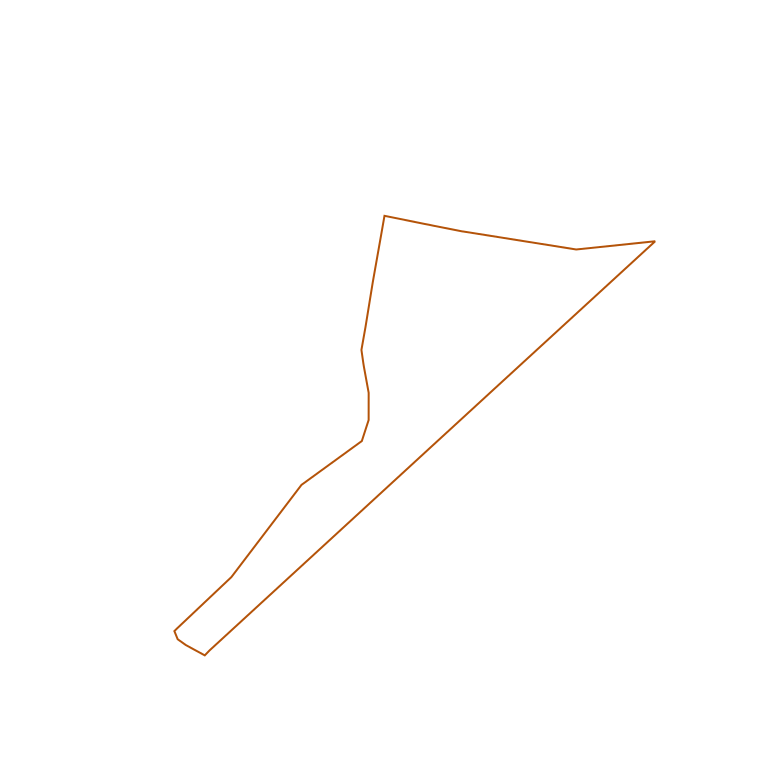 outline of Chiredzi Urban, Masvingo, Zimbabwe, rotated 150°
{"feature_id": "62879985B81925630456869", "entity_name": "Chiredzi Urban", "entity_type": "district", "adm_level": 2, "iso_a3": "ZWE", "parent_name": "Zimbabwe", "parent_adm1": "Masvingo", "projection": "mercator", "projection_center": [31.689, -21.032], "detail": "fine", "context": "isolated", "style": "outline", "palette": "amber", "viewbox_px": 768, "rotation_deg": 150, "n_neighbors": 0, "source": "geoboundaries", "source_scale": "gbopen_adm2", "svg_char_len": 584}
<svg xmlns="http://www.w3.org/2000/svg" viewBox="0 0 768 768"><g transform="rotate(150 384 384)"><path d="M291.5,324.5L77.9,372.0L77.7,372.0L150.3,404.4L239.2,476.5L239.9,477.0L262.2,496.5L265.4,499.4L268.8,502.3L273.2,506.2L273.9,506.8L299.5,529.4L312.8,513.5L342.8,477.8L371.7,442.4L386.5,424.8L391.4,412.6L392.7,409.2L401.7,384.0L415.3,360.5L431.7,345.7L505.9,337.9L612.7,293.1L685.4,275.8L689.1,274.8L690.3,266.1L686.2,257.1L681.7,249.7L674.9,238.6L668.3,240.5L492.5,279.7L375.5,305.8L374.6,306.0L324.7,317.1L291.5,324.5Z" fill="none" stroke="#b45309" stroke-width="2"/></g></svg>